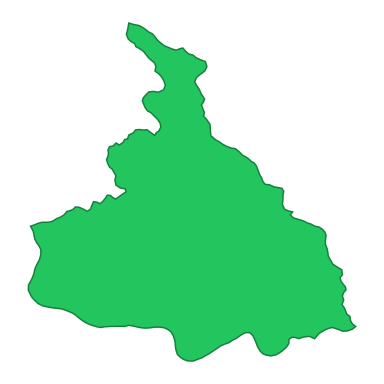 the district of São João Batista do Glória, Minas Gerais, Brazil
{"feature_id": "56859067B336283598194", "entity_name": "São João Batista do Glória", "entity_type": "district", "adm_level": 2, "iso_a3": "BRA", "parent_name": "Brazil", "parent_adm1": "Minas Gerais", "projection": "orthographic", "projection_center": [-46.443, -20.535], "detail": "fine", "context": "isolated", "style": "filled", "palette": "green", "viewbox_px": 384, "rotation_deg": 0, "n_neighbors": 0, "source": "geoboundaries", "source_scale": "gbopen_adm2", "svg_char_len": 3833}
<svg xmlns="http://www.w3.org/2000/svg" viewBox="0 0 384 384"><path d="M270.9,355.9L276.0,354.8L279.6,352.8L282.5,350.7L286.4,347.2L288.8,343.6L289.0,339.3L292.1,337.2L295.5,337.5L298.7,338.6L303.6,337.0L309.4,336.3L314.6,338.7L316.9,336.0L318.9,333.6L321.9,331.7L324.9,329.9L328.8,328.3L332.4,327.5L335.6,328.5L339.1,329.7L342.6,331.2L347.5,330.9L352.3,329.2L355.7,326.5L352.6,324.2L350.5,320.7L349.9,316.3L346.8,314.2L345.5,310.8L344.2,307.6L342.0,304.6L343.7,300.1L342.4,295.9L343.6,292.7L346.0,289.9L345.4,286.9L343.2,284.2L341.0,281.3L340.0,277.5L342.5,274.8L341.7,269.7L336.8,266.8L332.6,263.9L330.4,259.9L328.2,256.0L327.8,252.0L327.0,248.3L325.5,244.6L325.4,240.3L326.1,235.2L324.9,232.2L322.8,229.6L319.0,227.0L314.8,226.2L311.1,224.1L307.2,222.9L304.4,221.4L301.3,220.2L297.7,219.2L293.6,218.0L290.4,215.0L292.6,211.9L288.3,210.9L284.5,209.2L282.4,204.4L282.9,199.5L283.0,195.4L283.7,191.3L281.9,188.3L278.3,187.6L274.1,186.9L269.8,184.9L265.0,184.2L262.8,181.3L261.7,178.1L259.6,174.5L258.1,170.3L256.3,165.8L254.0,162.8L251.2,161.4L248.8,159.0L245.5,156.8L242.5,155.2L238.8,151.4L235.4,148.7L231.0,148.0L226.7,146.4L222.5,144.1L219.1,141.7L215.8,140.0L213.4,137.9L210.8,135.6L210.5,131.8L210.3,128.6L210.0,124.4L206.8,119.7L203.6,116.2L204.4,112.5L202.8,108.7L201.4,105.0L203.3,102.4L204.6,99.2L203.0,96.5L201.1,93.8L199.5,89.7L196.4,85.2L194.7,81.7L196.4,77.6L199.8,74.7L202.2,73.0L204.9,70.8L206.9,66.7L205.4,61.6L199.8,59.5L196.0,57.6L192.8,55.0L188.8,54.0L185.6,51.2L182.8,48.0L179.9,48.7L176.3,50.2L172.4,49.1L168.1,47.3L164.3,45.8L161.4,43.5L157.8,40.5L154.6,36.3L152.4,33.8L148.6,31.9L144.9,29.0L141.8,27.0L138.6,25.4L134.0,24.6L128.8,23.0L127.8,28.8L126.4,34.6L128.3,39.1L131.2,41.7L134.7,43.6L136.0,46.7L138.8,48.2L141.8,50.1L144.1,52.0L146.3,55.0L148.8,58.1L151.3,60.3L154.2,62.6L156.0,66.4L155.0,71.0L159.1,74.1L162.1,77.6L163.9,81.0L165.4,85.4L163.5,89.8L158.3,92.2L153.3,91.4L148.8,91.9L145.6,95.2L143.4,97.7L142.3,100.7L143.6,104.0L145.2,107.7L147.5,110.9L150.8,112.6L154.4,116.2L157.7,119.5L160.2,123.4L160.8,127.1L158.9,131.0L156.4,132.6L154.7,135.4L151.1,132.8L147.0,129.7L143.6,130.1L139.3,129.5L135.6,129.9L133.4,132.8L128.8,135.0L127.5,138.9L124.7,139.5L123.0,142.5L119.3,145.0L116.0,143.0L113.2,145.8L109.4,146.8L108.0,150.0L108.5,153.2L107.9,156.5L106.5,159.5L107.7,163.4L109.6,167.2L112.1,169.1L113.8,172.0L115.9,175.8L114.9,179.9L115.9,185.0L120.4,188.1L125.3,188.8L126.0,191.8L122.9,193.9L119.1,196.6L115.7,199.0L112.8,197.6L110.4,195.4L107.2,195.2L105.1,198.6L102.4,201.8L100.0,203.7L97.0,202.2L93.5,201.7L91.6,206.0L90.5,209.1L87.3,211.3L83.0,209.0L78.9,207.2L75.3,207.0L73.2,209.3L70.4,210.5L66.9,211.5L64.1,214.8L60.4,217.2L56.6,218.6L54.0,220.4L50.7,221.9L47.2,222.3L41.8,222.3L37.6,223.5L34.4,224.9L30.5,226.2L33.2,231.2L34.0,235.1L34.8,239.1L36.7,242.7L39.0,245.9L40.8,249.5L40.9,254.4L39.5,259.4L37.7,263.0L36.1,266.0L34.8,269.5L33.8,274.0L32.1,278.3L30.7,281.1L28.5,285.0L28.3,290.1L30.1,293.9L31.8,297.1L34.4,300.1L38.3,303.7L42.9,305.9L47.4,306.9L52.5,307.8L55.9,308.3L59.3,308.5L63.0,309.3L66.3,310.5L70.0,312.0L72.7,313.2L75.3,314.8L78.1,317.3L81.5,319.9L85.7,322.7L90.1,324.6L94.2,326.0L97.3,326.9L101.5,327.5L104.3,326.8L111.1,326.4L114.9,326.4L119.3,326.3L125.0,326.4L128.4,325.3L131.4,325.7L134.8,326.4L137.8,327.1L141.6,327.8L144.8,328.1L148.1,328.0L151.6,327.6L155.0,327.1L159.5,327.1L163.8,327.7L167.5,329.2L170.8,331.6L173.2,335.5L174.5,339.4L175.2,342.7L175.5,347.6L176.4,351.4L177.5,354.6L180.1,357.0L183.5,359.4L187.7,360.9L193.4,361.0L198.5,359.0L202.1,357.7L204.9,356.0L208.9,353.8L213.3,350.9L217.3,348.2L220.6,345.9L224.7,344.1L229.1,342.6L232.5,340.2L236.1,338.5L238.7,336.6L241.5,334.7L245.2,332.7L249.7,332.6L252.7,335.4L254.7,339.2L256.1,342.9L257.6,346.7L259.9,350.7L262.6,353.6L265.8,355.0L270.9,355.9Z" fill="#22c55e" stroke="#15803d" stroke-width="1.5"/></svg>